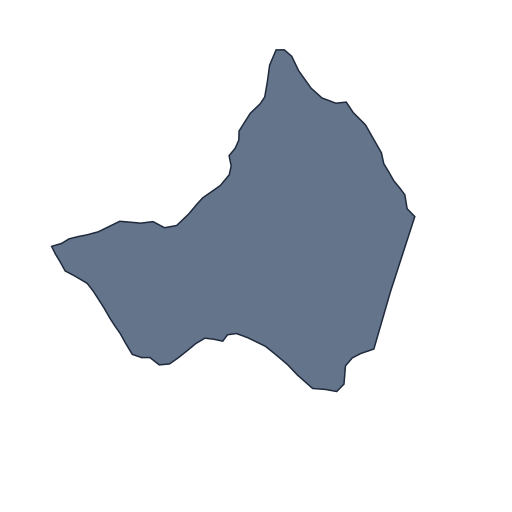 Tibau do Sul, Rio Grande do Norte, Brazil (Mercator projection), rotated 145°
{"feature_id": "56859067B6492648908192", "entity_name": "Tibau do Sul", "entity_type": "district", "adm_level": 2, "iso_a3": "BRA", "parent_name": "Brazil", "parent_adm1": "Rio Grande do Norte", "projection": "mercator", "projection_center": [-35.09, -6.24], "detail": "fine", "context": "isolated", "style": "filled", "palette": "slate", "viewbox_px": 512, "rotation_deg": 145, "n_neighbors": 0, "source": "geoboundaries", "source_scale": "gbopen_adm2", "svg_char_len": 1206}
<svg xmlns="http://www.w3.org/2000/svg" viewBox="0 0 512 512"><g transform="rotate(145 256 256)"><path d="M103.3,197.2L105.1,208.0L99.0,220.7L99.2,228.8L100.0,238.5L99.0,248.9L98.4,258.3L94.1,268.5L91.1,300.7L94.1,317.7L93.8,330.3L103.0,335.4L111.3,347.6L114.6,361.8L114.8,383.3L112.2,399.0L114.6,408.7L121.3,413.3L135.3,404.6L146.0,393.0L157.6,381.3L165.2,378.3L178.8,376.2L198.2,368.1L203.6,360.8L211.3,356.2L220.5,353.6L224.7,344.0L231.3,337.9L244.8,334.2L254.4,334.2L266.4,334.2L274.5,332.4L287.1,329.0L303.5,326.5L314.7,331.6L320.6,343.2L331.7,349.1L338.5,354.9L347.7,362.6L371.3,366.3L383.1,370.6L390.7,374.0L399.4,377.3L407.9,377.8L417.9,381.1L419.2,372.7L419.7,364.6L420.9,353.2L415.9,343.5L410.0,330.4L409.5,320.5L409.9,310.0L410.3,300.7L411.3,289.7L411.7,280.3L411.7,270.5L412.8,260.1L413.8,246.4L407.9,238.3L401.2,233.7L397.7,222.3L388.8,217.2L378.0,217.2L365.4,218.0L355.5,218.8L345.0,218.0L338.5,212.2L332.1,205.3L324.5,207.8L316.5,203.7L309.7,193.9L305.0,185.5L300.1,176.6L296.6,164.7L292.5,149.0L290.4,135.0L285.6,115.0L275.6,106.8L267.6,98.7L257.4,100.6L245.7,114.7L235.6,117.3L225.9,116.0L212.8,112.2L166.5,149.5L103.3,197.2Z" fill="#64748b" stroke="#1e293b" stroke-width="1.5"/></g></svg>